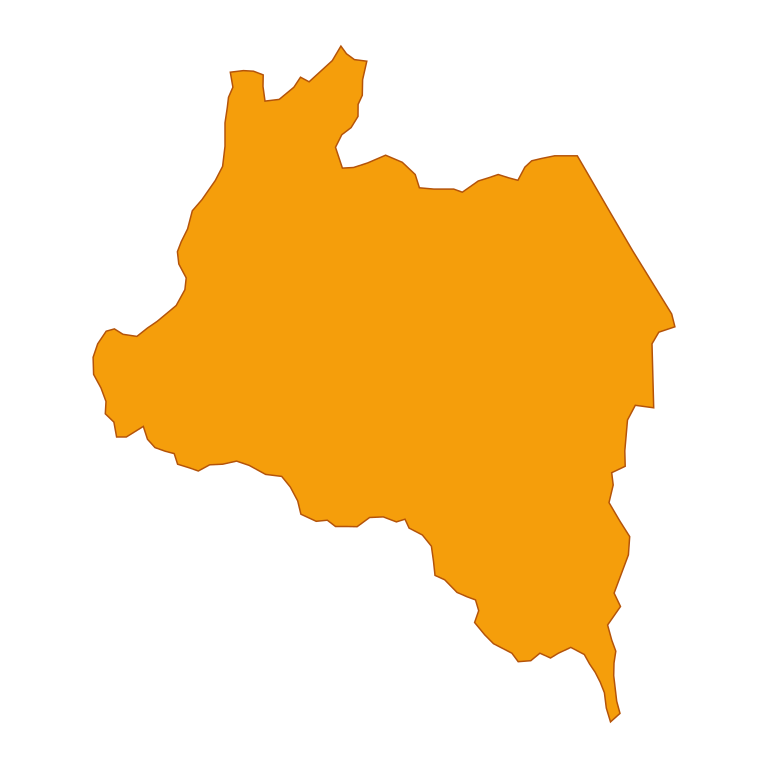 the district of Divinolândia, São Paulo, Brazil
{"feature_id": "56859067B36914756997745", "entity_name": "Divinolândia", "entity_type": "district", "adm_level": 2, "iso_a3": "BRA", "parent_name": "Brazil", "parent_adm1": "São Paulo", "projection": "robinson", "projection_center": [-46.706, -21.669], "detail": "fine", "context": "isolated", "style": "filled", "palette": "amber", "viewbox_px": 768, "rotation_deg": 0, "n_neighbors": 0, "source": "geoboundaries", "source_scale": "gbopen_adm2", "svg_char_len": 1994}
<svg xmlns="http://www.w3.org/2000/svg" viewBox="0 0 768 768"><path d="M653.7,407.8L652.0,343.8L658.8,332.2L674.9,326.8L671.7,314.0L632.6,250.7L611.1,214.0L599.4,193.8L577.3,155.8L554.7,155.8L541.4,158.5L531.7,160.8L524.9,167.1L517.9,180.3L508.6,177.8L498.2,174.5L488.5,177.8L478.2,181.0L470.0,186.8L462.3,192.2L453.8,189.1L434.1,189.1L419.4,187.8L415.2,174.5L402.3,162.3L385.6,155.2L367.7,162.9L353.5,167.5L342.4,168.1L335.5,147.3L341.8,134.7L351.1,127.6L358.0,116.4L358.1,104.4L362.3,95.3L362.6,79.7L366.8,61.2L354.4,59.6L346.5,53.8L340.9,46.1L332.3,60.6L319.4,72.4L309.1,81.8L300.5,77.2L293.9,87.2L279.2,99.4L265.0,101.1L263.0,86.5L263.2,74.9L253.5,71.2L243.4,70.6L230.3,72.2L232.9,87.2L228.5,97.3L227.3,107.5L225.0,122.9L225.0,146.3L222.6,166.4L215.3,180.5L202.0,199.6L192.3,210.8L187.6,228.9L181.2,241.8L177.4,251.7L178.8,264.0L186.2,277.9L184.9,289.7L176.2,305.5L164.1,315.6L157.1,321.4L147.6,327.9L136.9,336.4L123.0,334.3L114.4,328.9L106.2,331.2L97.7,343.8L93.1,357.3L93.6,374.4L101.0,388.0L106.0,401.5L105.3,413.8L113.9,422.1L116.6,437.0L126.3,437.0L143.3,426.4L147.5,439.3L155.0,447.6L165.4,451.3L174.2,453.6L177.6,464.2L189.5,467.9L198.3,471.0L209.7,464.8L222.7,464.2L236.5,461.1L249.2,465.4L265.6,474.4L281.7,476.4L290.3,487.0L297.7,500.9L300.9,514.2L316.2,521.3L327.3,520.2L335.5,526.5L347.0,526.5L357.1,526.7L369.6,517.5L383.3,516.9L396.4,521.9L405.0,519.2L409.1,528.1L422.4,535.0L431.4,546.2L433.5,561.3L435.0,575.4L444.7,579.8L457.0,592.4L467.1,596.8L475.5,599.9L478.7,610.7L474.6,622.5L484.7,634.8L493.5,643.7L511.9,653.2L518.2,661.7L530.8,660.7L539.9,653.2L550.5,658.0L558.4,653.2L570.8,647.4L584.3,654.5L589.6,664.0L595.2,672.3L600.2,682.1L604.4,692.7L606.3,708.0L610.5,721.9L620.0,713.4L616.7,701.2L613.7,675.6L614.0,663.0L615.8,651.2L611.7,640.0L607.6,625.0L620.5,606.5L614.1,593.1L628.4,554.9L629.7,536.6L620.0,521.3L609.0,502.6L613.2,485.0L611.7,472.7L625.2,466.3L624.8,450.9L627.5,420.0L635.3,405.3L653.7,407.8Z" fill="#f59e0b" stroke="#b45309" stroke-width="1.5"/></svg>